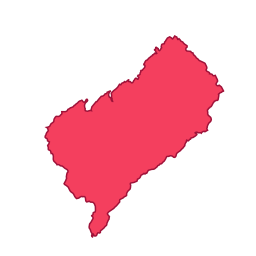 Falam, Chin, Myanmar (Albers equal-area conic projection), rotated 227°
{"feature_id": "60261553B58296948192675", "entity_name": "Falam", "entity_type": "district", "adm_level": 2, "iso_a3": "MMR", "parent_name": "Myanmar", "parent_adm1": "Chin", "projection": "albers", "projection_center": [93.718, 23.446], "detail": "fine", "context": "isolated", "style": "filled", "palette": "rose", "viewbox_px": 256, "rotation_deg": 227, "n_neighbors": 0, "source": "geoboundaries", "source_scale": "gbopen_adm2", "svg_char_len": 5794}
<svg xmlns="http://www.w3.org/2000/svg" viewBox="0 0 256 256"><g transform="rotate(227 128 128)"><path d="M184.0,68.8L182.7,69.1L180.6,68.0L180.2,67.0L180.1,65.7L179.7,64.5L178.9,63.2L178.6,62.0L177.8,61.1L176.8,61.0L175.7,61.5L174.5,61.2L173.5,60.4L171.4,61.0L170.3,59.1L170.1,57.4L167.9,56.3L167.0,55.3L166.3,55.0L164.7,55.7L163.6,55.5L162.7,54.9L161.7,54.4L161.0,55.2L159.7,55.0L158.2,54.1L156.1,52.0L154.6,51.2L150.5,51.3L149.5,51.0L149.0,51.9L147.7,52.7L146.6,52.7L144.9,54.0L141.4,54.4L139.2,55.1L137.8,55.0L136.8,54.1L136.6,52.7L135.8,51.5L134.3,49.6L133.1,48.8L131.9,46.3L130.9,43.3L130.0,43.1L128.3,43.6L126.2,43.9L125.3,43.9L122.4,43.0L120.9,42.7L119.6,42.8L118.2,43.2L116.7,43.1L114.0,42.3L112.2,42.2L111.4,42.3L110.3,44.3L110.2,45.6L109.9,46.8L109.3,47.7L108.6,48.0L107.9,49.1L107.1,49.5L106.1,49.3L103.5,47.4L102.2,47.3L101.5,48.3L100.9,49.7L100.4,49.9L99.6,49.9L97.6,51.7L95.5,51.8L94.7,51.3L93.5,51.0L92.5,50.3L90.0,48.1L89.1,46.9L89.2,46.3L89.6,45.6L89.7,44.7L88.4,43.1L88.7,41.7L88.4,41.5L86.8,41.6L85.7,40.8L84.4,36.8L84.0,34.5L82.1,32.0L80.9,31.3L79.5,31.2L78.2,30.5L76.6,29.9L75.3,29.7L74.7,29.0L74.1,28.0L73.3,27.6L72.6,27.8L73.0,28.5L74.4,29.8L74.3,30.2L72.1,29.8L71.5,30.2L71.1,30.8L70.9,31.5L71.1,32.3L71.6,33.2L71.9,34.3L71.3,35.1L70.5,35.7L70.5,36.6L71.4,37.5L71.6,38.2L71.4,39.2L71.3,42.4L71.6,43.9L71.5,45.9L71.8,46.5L72.7,47.6L74.0,50.6L74.3,52.0L75.2,52.9L75.8,53.9L77.2,54.1L78.6,54.1L79.4,54.5L79.8,55.9L79.8,56.9L78.9,63.0L79.1,63.9L79.0,66.6L79.6,71.5L80.7,72.4L81.2,73.2L80.2,76.8L80.2,78.5L79.7,80.0L79.6,80.9L81.0,82.3L81.5,83.3L81.9,85.0L81.9,87.8L82.6,89.0L84.4,91.0L85.5,91.4L85.9,92.0L85.7,92.8L84.2,95.1L83.0,98.3L84.1,100.1L83.8,100.6L83.5,102.4L83.8,103.7L84.6,105.3L84.0,107.4L83.9,108.8L82.8,109.0L82.6,109.7L82.7,110.6L82.2,110.9L83.2,114.0L81.6,117.1L80.6,118.3L80.0,119.5L79.8,123.0L80.2,124.0L79.6,125.8L79.9,127.0L79.3,127.6L79.0,128.3L79.2,130.2L79.1,132.0L79.7,134.2L80.7,136.7L80.5,137.3L79.8,138.0L79.1,139.3L79.0,139.8L78.4,140.5L77.2,141.2L75.4,141.5L74.6,142.2L74.6,143.4L75.0,144.3L75.8,145.5L76.2,146.3L76.1,148.5L75.7,151.0L75.9,152.0L75.9,155.1L76.2,156.0L76.3,157.5L76.9,157.8L78.0,160.4L78.0,161.0L79.1,162.5L79.1,162.8L77.9,162.9L77.4,163.5L77.6,165.5L77.2,166.1L77.7,167.3L76.7,169.1L76.2,171.9L76.2,173.7L76.5,174.2L77.0,174.2L77.9,173.7L78.7,173.8L78.5,175.0L77.5,175.8L76.5,176.2L75.0,177.9L74.2,178.0L74.5,179.2L74.2,180.6L73.5,181.6L72.8,181.7L72.1,184.7L73.2,184.9L73.8,185.2L74.5,186.5L74.9,186.8L75.8,188.5L76.5,190.6L76.4,191.9L76.6,193.4L77.3,194.6L78.7,195.5L79.6,195.7L82.5,195.4L83.9,195.8L84.8,196.8L86.3,197.8L87.0,198.4L87.0,199.2L87.4,200.4L87.1,201.4L87.3,202.2L87.0,203.2L87.2,204.5L88.2,207.2L88.4,208.7L88.7,209.4L88.2,210.4L88.1,211.3L87.3,212.1L87.2,213.1L89.3,215.9L90.1,216.8L90.9,217.1L91.1,217.5L90.8,218.2L91.0,219.5L90.3,220.8L90.4,221.5L90.3,222.2L89.9,222.7L89.9,223.1L94.3,224.3L97.1,223.9L97.5,222.5L98.2,222.1L99.2,222.0L100.1,222.3L100.5,223.1L101.2,225.6L101.7,225.7L101.9,226.0L102.8,226.5L103.9,226.6L104.0,226.8L107.0,227.7L107.5,226.6L108.2,225.9L109.8,226.1L110.5,225.8L112.1,224.6L112.4,225.1L112.9,225.3L114.0,225.1L115.6,224.4L116.9,224.5L117.3,224.8L117.8,226.1L118.2,226.7L119.2,227.3L122.7,228.4L123.9,228.1L128.9,226.1L130.8,226.2L132.7,225.8L134.6,226.2L136.2,225.8L136.9,226.2L137.7,226.1L138.5,226.7L139.9,225.9L141.3,226.1L144.1,223.6L145.5,223.5L146.1,223.9L146.9,224.8L146.9,226.5L147.9,227.3L150.7,226.6L152.4,226.5L153.5,226.7L155.6,225.9L156.7,226.2L158.6,226.2L158.6,225.6L158.5,225.2L158.6,224.9L158.9,224.8L161.4,225.7L162.2,225.2L163.4,225.0L162.7,221.6L162.9,221.2L164.3,221.2L166.2,220.7L166.9,218.2L166.2,215.2L165.9,214.6L165.9,213.4L164.9,212.1L166.0,210.2L166.0,209.5L164.8,207.7L163.7,207.3L163.8,206.6L163.3,205.6L163.0,203.9L163.7,203.6L164.8,203.7L165.4,204.2L167.8,203.7L168.0,203.2L167.0,202.4L166.9,201.7L167.3,201.0L166.9,200.6L165.3,200.7L164.6,200.2L163.0,200.0L163.0,199.6L163.4,199.1L164.5,198.5L164.3,196.5L164.7,196.0L164.4,194.6L164.7,193.9L164.7,192.7L164.9,190.7L164.6,188.5L164.9,187.9L165.1,187.1L164.8,185.6L164.3,184.8L164.1,183.6L163.5,182.7L163.0,183.1L162.4,183.1L161.2,182.1L160.8,180.8L160.8,179.8L160.5,177.8L161.2,176.8L161.1,176.2L160.4,175.8L159.9,174.3L159.1,173.5L159.0,172.6L159.7,171.3L159.4,170.4L158.7,170.3L157.9,170.5L157.5,170.2L156.9,168.5L157.2,168.2L158.9,167.9L159.2,167.5L159.1,166.1L158.7,165.4L158.7,164.4L158.2,163.2L158.0,162.3L158.4,161.6L158.9,161.3L160.4,161.3L161.0,160.5L161.6,160.2L162.8,161.3L163.0,161.0L163.0,159.5L163.2,158.6L163.2,157.6L163.7,157.1L164.3,157.1L164.3,155.4L164.8,154.6L165.0,153.6L164.5,152.5L164.5,152.2L165.8,151.6L164.9,148.4L164.8,146.2L165.1,142.6L164.8,139.4L163.0,138.3L161.7,136.8L160.5,136.5L160.2,136.0L158.0,134.9L158.3,134.6L159.6,134.8L161.7,135.9L162.3,135.9L162.7,135.5L163.2,135.4L164.8,135.9L164.9,136.1L165.7,136.6L166.7,138.4L167.0,138.4L167.1,139.0L166.7,140.0L167.2,140.2L167.7,139.1L167.7,138.5L167.8,138.5L167.9,138.1L168.4,137.3L167.9,136.3L167.9,135.7L168.6,134.5L168.3,133.1L168.6,131.1L169.4,130.1L169.0,126.0L168.5,123.1L169.0,122.6L168.1,116.0L166.5,113.5L165.6,113.1L166.6,112.4L167.9,109.8L169.0,109.0L169.8,108.6L170.5,108.9L171.3,109.9L172.3,110.2L173.9,111.3L174.8,112.5L175.3,113.7L175.4,114.9L175.4,116.5L175.8,117.4L176.8,117.7L177.3,117.2L177.2,116.4L176.5,114.7L176.6,113.8L177.4,113.1L178.3,113.1L179.3,113.3L179.8,113.2L180.4,111.4L180.7,111.1L180.9,109.7L180.7,108.2L181.0,106.2L180.9,104.8L181.2,104.0L180.9,102.6L181.3,101.2L182.0,99.7L182.3,97.5L182.6,96.7L182.2,95.7L182.1,94.6L182.7,93.3L185.1,90.7L184.0,89.9L183.3,88.7L183.5,87.8L183.3,86.2L183.8,85.1L185.5,83.4L185.5,82.1L184.9,80.0L183.3,78.0L183.3,76.7L183.6,74.8L183.4,73.8L182.8,72.5L182.8,71.3L183.3,69.9L184.0,68.8Z" fill="#f43f5e" stroke="#9f1239" stroke-width="1.5"/></g></svg>